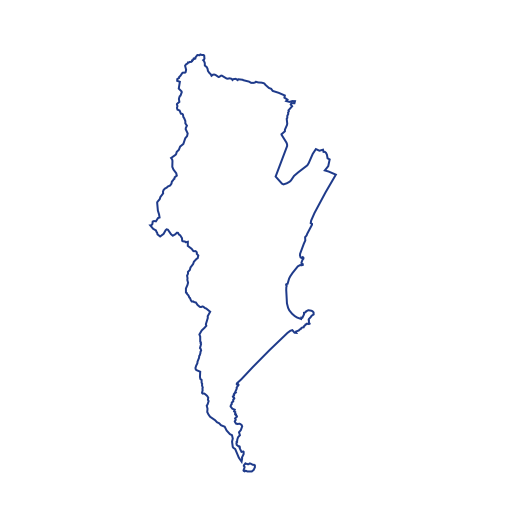 Phu Loc, Thừa Thiên - Huế, Vietnam, rotated 77°
{"feature_id": "81297802B61067118889021", "entity_name": "Phu Loc", "entity_type": "district", "adm_level": 2, "iso_a3": "VNM", "parent_name": "Vietnam", "parent_adm1": "Thừa Thiên - Huế", "projection": "mercator", "projection_center": [107.975, 16.288], "detail": "fine", "context": "isolated", "style": "outline", "palette": "blue", "viewbox_px": 512, "rotation_deg": 77, "n_neighbors": 0, "source": "geoboundaries", "source_scale": "gbopen_adm2", "svg_char_len": 6076}
<svg xmlns="http://www.w3.org/2000/svg" viewBox="0 0 512 512"><g transform="rotate(77 256 256)"><path d="M377.2,339.4L378.1,338.9L378.3,337.5L379.2,336.6L381.3,335.1L383.3,334.4L385.3,335.2L386.7,334.8L389.6,336.5L390.8,337.7L393.9,337.6L397.0,338.6L399.6,338.0L402.3,336.9L406.8,332.8L409.2,331.4L410.7,329.5L413.0,328.2L415.3,324.9L419.4,323.9L423.7,321.5L425.2,319.7L428.6,319.7L431.5,321.1L436.8,321.6L437.8,321.2L439.4,319.7L448.6,318.1L453.1,316.3L450.3,315.1L449.2,315.0L446.2,312.6L444.1,312.1L443.6,312.4L443.6,314.2L439.7,315.1L438.6,314.7L438.1,315.3L437.7,315.2L437.6,315.8L435.7,317.3L433.9,317.2L433.2,316.4L432.5,316.6L432.1,316.0L430.6,315.5L428.5,314.2L427.0,312.0L423.9,312.2L422.3,310.0L418.9,307.8L417.5,308.0L416.3,309.0L415.7,309.8L415.5,312.2L415.0,312.5L414.8,313.2L413.1,313.8L412.3,313.9L411.1,312.6L409.5,312.9L408.4,310.9L407.9,310.6L406.7,311.3L406.0,311.1L405.9,311.8L405.5,312.0L403.4,311.3L402.5,312.3L401.0,311.3L399.5,313.4L396.9,314.6L395.8,314.1L394.8,312.9L393.8,312.8L393.2,312.4L392.6,310.9L391.0,310.6L390.0,309.2L389.3,309.2L388.7,309.9L387.6,310.1L387.1,308.9L386.2,308.4L385.7,308.7L385.2,308.2L384.5,307.3L384.7,306.8L384.5,306.4L383.8,306.8L380.9,304.6L379.9,304.5L377.7,302.0L377.1,302.2L377.3,303.2L376.4,303.6L375.6,303.0L373.0,298.3L363.5,284.1L350.7,263.9L338.0,242.6L336.6,239.4L336.4,237.3L339.4,235.7L339.9,234.2L339.4,234.4L338.6,234.0L338.2,231.0L337.4,230.0L337.3,228.9L336.4,228.0L336.1,227.0L336.2,225.6L335.1,224.9L334.7,223.9L333.8,223.1L333.9,222.3L333.4,221.7L334.2,219.8L334.0,219.0L332.7,219.4L330.6,218.9L330.1,219.1L329.4,218.7L327.5,216.0L326.8,215.4L325.9,213.0L323.9,212.6L322.5,213.4L321.7,214.5L320.6,217.2L321.2,219.7L322.0,220.4L322.1,222.0L323.6,222.3L326.6,224.7L326.2,225.7L327.5,226.2L325.2,229.8L323.2,231.8L320.3,233.9L316.4,235.8L313.6,236.4L309.1,236.5L295.9,234.2L293.3,233.5L292.0,232.8L290.9,233.2L290.3,232.8L290.2,231.5L285.4,228.8L283.6,227.3L280.7,224.2L275.5,217.6L274.8,215.2L275.3,213.7L275.2,212.4L274.4,212.3L273.7,213.3L272.7,213.2L270.1,211.5L269.3,210.4L268.3,210.2L267.6,210.7L268.1,212.1L267.4,212.9L265.2,213.0L263.7,212.5L254.6,206.5L252.0,204.5L248.7,203.9L247.4,202.1L246.0,201.2L238.1,194.4L237.3,194.2L236.3,195.3L233.9,194.3L227.2,189.3L209.5,173.8L194.7,159.9L190.0,166.3L188.1,169.7L184.7,165.4L178.5,162.5L176.9,164.3L173.3,164.1L171.2,164.6L170.0,165.5L169.7,166.8L167.5,166.8L167.7,170.5L165.3,173.6L169.2,177.7L177.4,183.8L179.2,185.6L184.0,196.1L186.5,200.9L190.3,205.0L191.2,206.6L192.1,209.7L192.4,213.1L191.4,214.4L183.0,219.0L155.8,200.9L154.1,200.6L152.4,200.8L143.7,203.8L143.1,203.8L141.0,199.8L139.4,199.4L135.4,196.4L134.1,195.8L129.2,195.2L128.4,194.4L126.5,194.0L124.8,192.6L123.5,192.5L122.5,191.5L121.4,191.6L118.2,187.1L116.2,188.1L115.1,187.1L115.8,184.2L113.9,183.2L113.2,185.8L113.4,188.7L111.8,191.7L110.7,190.2L108.1,192.7L106.1,191.8L102.1,197.2L98.9,202.6L96.5,203.6L95.2,205.6L91.4,208.3L89.9,209.0L89.3,209.7L88.3,211.7L87.4,214.8L86.2,216.9L86.6,217.5L86.8,219.3L86.2,221.8L84.5,223.6L81.8,228.9L81.3,229.3L79.8,233.5L80.5,234.3L78.8,235.9L78.6,238.2L79.2,239.3L78.3,239.6L77.7,240.2L76.9,241.9L76.9,243.7L76.4,244.8L72.6,248.7L72.4,249.4L73.2,251.5L73.2,252.2L70.6,254.6L69.9,255.6L69.6,256.9L70.4,258.8L68.8,259.2L66.9,260.4L64.8,261.2L62.7,261.1L60.9,261.5L58.9,263.0L56.4,262.5L54.4,262.8L53.3,263.4L52.7,262.3L52.0,261.8L49.0,261.4L48.3,262.0L47.9,263.7L47.1,264.9L47.7,265.8L47.0,267.9L48.8,270.2L50.0,270.7L50.1,271.5L49.5,271.9L49.5,272.3L50.8,273.2L51.0,274.3L51.8,274.4L52.3,275.6L52.0,277.0L52.4,278.0L52.1,278.7L53.0,279.4L53.6,281.2L54.7,282.3L58.8,282.2L61.0,283.2L61.4,284.0L60.9,285.9L61.1,286.6L63.5,289.2L64.3,290.6L65.2,290.9L65.9,292.9L67.6,293.4L69.1,291.0L75.5,293.6L78.9,291.5L79.7,291.5L82.8,293.5L83.2,294.4L84.5,295.2L85.7,295.8L88.6,296.0L90.0,298.7L90.7,299.0L92.2,298.8L93.9,299.7L95.7,299.6L97.1,297.7L100.4,297.2L101.0,295.8L101.7,295.4L104.4,295.5L105.5,295.0L108.6,294.5L110.9,295.0L113.5,294.0L115.5,295.6L116.6,296.0L121.2,295.0L123.7,296.2L125.3,298.4L130.5,301.6L132.3,305.3L135.2,307.3L136.7,309.8L138.7,310.9L139.3,311.6L141.4,316.7L143.0,316.0L144.5,316.0L150.3,317.5L153.2,317.0L157.4,315.1L159.9,315.1L161.0,317.5L162.5,318.2L162.7,319.0L163.7,319.9L164.5,321.2L166.5,322.1L168.0,323.8L168.5,326.4L169.3,327.6L169.8,329.6L171.0,331.3L172.5,332.2L174.1,332.4L177.0,335.9L178.9,337.0L181.1,339.9L181.7,340.3L189.7,341.4L193.6,341.1L196.8,341.3L197.0,343.0L199.7,345.7L199.0,347.5L199.2,348.9L201.6,349.8L202.5,351.0L202.4,352.1L206.4,350.1L208.6,347.7L210.0,347.6L210.9,347.1L212.8,347.1L215.4,345.0L213.7,341.1L210.6,338.3L209.9,337.1L210.6,335.9L215.7,333.9L217.5,332.5L216.7,329.8L215.5,327.8L215.9,326.8L217.7,326.3L218.8,325.2L222.0,324.1L224.6,324.5L225.4,323.7L225.8,322.1L226.8,321.4L226.8,319.2L230.8,320.2L234.5,317.1L237.0,316.0L237.4,315.4L237.6,313.9L238.5,313.1L239.4,312.9L240.6,313.2L242.5,312.1L245.0,313.3L245.5,314.7L247.6,317.8L249.7,319.1L252.4,322.4L254.7,323.6L256.2,325.9L257.9,326.2L259.7,327.6L262.2,327.7L263.8,328.3L266.7,328.2L268.8,329.3L271.9,331.6L275.9,332.5L276.4,331.8L277.5,331.7L279.2,330.7L281.5,330.3L282.0,329.8L284.6,329.4L286.0,328.7L286.2,327.3L287.0,326.7L287.8,325.0L290.5,324.0L292.9,322.2L293.4,321.0L293.1,319.6L293.6,318.7L295.3,317.4L296.0,316.3L300.0,313.2L303.8,316.6L305.5,316.9L311.2,320.2L312.8,320.1L314.5,322.5L316.3,325.6L319.7,328.8L322.0,328.5L326.9,329.6L327.7,329.1L328.5,329.6L329.4,329.3L333.1,331.3L334.1,330.8L335.7,330.7L337.1,331.8L337.9,331.9L340.0,333.1L340.6,333.8L342.4,334.4L345.7,336.7L347.4,337.3L349.3,338.9L351.5,340.2L352.9,340.2L353.7,339.8L356.2,336.4L361.2,337.8L363.3,337.9L364.5,336.9L367.3,337.5L368.3,337.2L370.0,337.7L372.3,337.5L373.4,338.1L374.8,338.2L377.2,339.4ZM461.6,304.6L459.8,304.2L459.6,304.6L459.0,304.9L458.7,306.1L457.0,308.1L456.7,308.9L457.2,310.0L457.1,310.8L456.3,311.9L456.2,312.9L455.8,313.1L457.2,314.9L457.8,315.1L458.7,314.6L459.4,314.7L462.1,316.4L462.6,316.3L463.3,315.5L462.9,314.3L464.0,312.9L465.0,308.6L463.9,306.4L461.6,304.6Z" fill="none" stroke="#1e3a8a" stroke-width="2"/></g></svg>